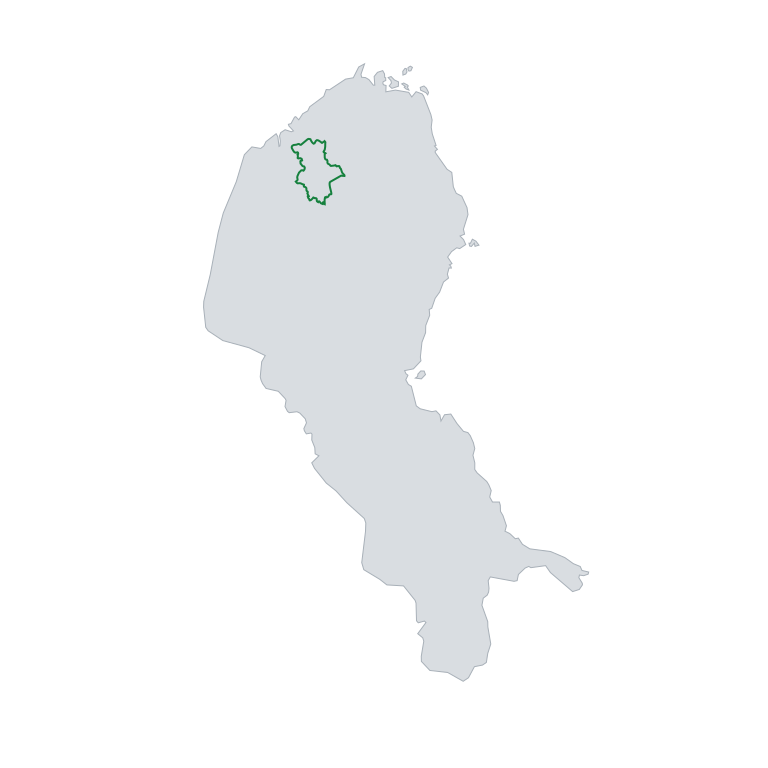 Päijät-Häme on a map of Finland (Albers equal-area conic projection), rotated 159°
{"feature_id": "FIN-3184", "entity_name": "Päijät-Häme", "entity_type": "Province", "adm_level": 1, "iso_a3": "FIN", "parent_name": "Finland", "parent_adm1": "", "projection": "albers", "projection_center": [25.782, 61.243], "detail": "fine", "context": "in_parent", "style": "outline", "palette": "green", "viewbox_px": 768, "rotation_deg": 159, "n_neighbors": 0, "source": "natural_earth", "source_scale": "10m", "svg_char_len": 6684}
<svg xmlns="http://www.w3.org/2000/svg" viewBox="0 0 768 768"><g transform="rotate(159 384 384)"><path d="M332.4,332.0L330.0,320.8L326.8,311.3L323.1,308.6L322.0,304.9L321.6,297.2L322.4,291.2L326.5,285.6L327.5,277.8L329.9,271.7L328.9,267.6L323.0,256.1L322.3,252.4L322.1,246.1L325.8,240.6L325.0,234.9L318.6,232.5L318.9,229.1L320.9,223.4L320.1,218.5L320.5,207.8L323.8,203.2L320.2,199.3L316.9,192.5L313.8,192.0L312.2,184.7L307.0,177.9L288.4,167.8L277.3,157.0L271.6,148.4L266.2,143.3L266.0,139.0L260.3,135.1L261.6,133.3L266.3,133.5L270.0,135.6L271.5,133.4L270.3,127.0L270.7,125.4L275.3,122.2L282.3,122.6L296.2,148.3L298.2,156.5L312.7,159.9L314.2,161.8L318.2,161.6L326.8,158.0L330.2,152.7L333.3,153.2L353.9,165.8L357.2,163.1L359.2,155.6L360.9,152.3L363.3,149.9L368.1,148.5L371.9,142.3L372.3,125.0L374.1,120.0L377.5,103.0L383.7,95.3L388.2,87.4L392.7,86.3L400.9,87.7L410.4,79.5L416.6,78.1L428.0,91.9L443.8,100.1L448.5,111.6L446.8,116.4L439.0,129.7L438.8,133.2L442.0,138.8L430.3,146.3L431.2,148.2L437.6,148.8L438.5,151.3L432.6,168.0L432.5,170.9L438.1,188.5L453.3,195.4L457.9,203.1L469.4,217.9L468.8,225.2L454.1,253.0L450.8,260.7L450.6,265.5L461.2,286.4L467.1,301.4L473.4,312.2L479.1,330.1L479.7,336.3L470.5,340.3L473.3,343.5L471.4,349.4L471.5,357.6L469.2,363.0L469.8,364.4L474.4,365.3L475.1,368.9L474.8,371.1L470.3,375.5L470.0,379.8L473.0,387.0L475.2,389.3L482.8,391.2L483.9,393.1L484.5,398.4L481.3,403.8L481.5,405.8L485.3,415.1L495.7,422.1L497.2,427.8L497.4,431.6L497.0,435.0L490.2,448.6L484.7,453.1L497.0,466.2L518.9,482.3L529.1,496.7L530.1,500.8L524.9,520.4L522.6,525.8L507.0,548.4L484.5,584.9L472.8,601.2L449.4,625.8L432.2,648.1L422.4,652.7L414.7,648.1L410.9,649.3L407.3,652.6L395.0,656.3L394.5,652.8L396.9,643.4L395.8,643.6L393.7,648.0L392.6,653.1L390.3,655.7L385.2,656.8L380.1,652.7L377.8,652.7L380.3,658.9L380.2,660.7L377.5,660.4L371.9,665.2L370.6,665.2L368.9,661.2L362.9,665.5L357.3,666.3L353.9,669.5L337.2,674.1L332.4,679.6L329.4,678.2L310.6,682.4L302.9,680.9L294.0,689.0L287.4,689.9L294.5,681.4L295.0,678.4L291.5,676.7L289.0,673.6L286.9,666.8L285.5,666.3L283.0,674.6L278.4,677.3L272.9,677.0L272.4,673.3L273.5,669.9L272.7,669.3L273.6,666.7L276.5,666.5L277.3,665.2L277.3,663.6L275.1,661.9L277.6,656.1L268.0,654.3L256.4,647.4L255.2,642.0L249.3,645.4L244.4,641.1L243.8,638.7L243.7,618.7L244.5,613.2L247.9,606.8L249.3,600.2L249.9,588.0L251.6,588.1L250.0,583.9L252.7,583.1L253.2,581.7L248.2,561.9L244.9,557.2L248.6,543.3L248.5,540.1L248.2,536.1L244.1,531.5L243.3,518.9L244.9,512.0L254.4,500.0L255.1,495.0L260.0,494.9L258.0,490.3L257.7,484.9L264.8,483.3L267.3,485.1L273.5,483.4L279.1,479.7L277.4,472.0L280.2,471.8L279.4,470.0L279.6,468.1L281.7,469.0L285.5,463.8L285.8,459.8L291.9,457.9L299.1,449.9L305.5,445.7L312.3,437.6L315.1,437.4L316.7,431.8L324.1,423.6L326.8,417.0L333.6,409.4L340.4,396.1L341.2,392.4L351.1,387.6L360.0,389.1L359.8,385.7L358.5,383.6L362.2,380.1L361.4,374.8L359.3,372.1L361.7,352.0L359.1,347.9L349.2,341.0L345.1,340.3L342.9,335.1L344.1,329.0L338.5,333.6L332.4,332.0ZM263.9,656.8L270.7,657.2L272.3,660.4L269.2,662.3L268.8,664.8L270.3,668.6L267.2,668.5L265.3,664.1L262.2,660.9L263.9,656.8ZM348.8,381.1L345.0,383.0L341.9,381.7L341.9,377.9L347.3,375.4L352.6,378.3L349.9,379.0L348.8,381.1ZM249.7,479.9L249.2,483.2L253.1,481.1L254.6,482.1L254.2,485.0L252.9,484.4L249.6,487.5L247.0,484.4L245.6,479.6L249.7,479.9ZM244.5,645.2L243.9,647.9L239.9,647.9L238.4,645.0L237.9,640.2L239.6,638.3L240.4,640.9L244.5,645.2ZM259.9,657.8L257.7,657.9L254.9,654.7L254.5,653.5L255.8,652.9L255.4,649.5L257.7,651.5L258.8,653.8L257.5,654.2L259.9,657.8ZM254.4,669.2L251.3,671.1L250.2,670.6L250.7,667.1L252.6,665.6L255.6,665.6L254.4,669.2ZM248.2,670.8L245.5,671.3L244.0,669.4L246.6,666.8L248.6,667.2L248.9,668.9L248.2,670.8Z" fill="#d9dde1" stroke="#a8b0b8" stroke-width="1"/><path d="M388.0,584.5L388.0,585.2L388.0,586.1L388.0,586.4L387.9,586.6L386.9,586.4L386.9,586.6L387.0,587.0L387.1,587.7L387.2,588.5L387.2,589.0L387.2,589.5L386.8,589.7L386.5,590.2L386.3,590.9L386.4,591.1L386.8,591.7L386.9,591.9L387.0,592.3L386.9,592.9L386.4,594.3L386.3,594.7L386.5,595.5L387.0,596.2L387.9,596.8L388.0,597.2L387.9,597.4L387.7,597.9L387.3,598.8L387.6,599.1L388.1,599.3L389.6,600.9L390.5,601.6L392.7,602.3L393.3,603.0L393.8,604.6L392.4,605.0L391.7,605.4L391.4,605.8L391.0,607.9L390.4,609.0L387.6,611.8L384.7,613.1L383.8,612.9L382.7,612.0L381.4,612.8L380.7,613.8L380.4,614.6L380.6,615.7L380.9,615.8L381.4,616.2L381.8,616.6L382.1,617.1L382.3,617.6L382.4,618.3L382.6,618.9L382.8,619.2L382.9,619.6L382.4,621.5L382.2,622.0L381.8,622.2L380.6,622.0L380.3,622.1L380.2,623.8L381.2,624.8L383.2,625.3L383.6,625.9L383.4,626.4L382.9,627.2L382.6,628.0L382.6,628.5L382.5,629.1L382.3,629.1L381.8,629.4L381.5,630.0L381.4,630.8L381.7,631.3L383.5,631.6L384.3,632.2L384.8,633.1L385.1,634.4L385.3,635.8L385.4,636.2L385.4,636.7L385.5,637.0L385.3,638.2L384.8,638.9L384.1,639.3L382.7,639.5L380.0,638.8L378.3,638.8L377.5,638.6L377.1,638.2L376.8,637.8L376.4,637.3L375.7,637.1L367.5,639.9L366.4,639.8L365.0,638.9L364.9,637.3L364.6,635.7L364.1,634.4L363.6,633.6L362.6,633.6L360.6,635.3L359.3,635.7L358.6,635.4L357.8,634.7L356.3,632.7L356.0,632.1L355.8,631.6L355.7,631.5L355.4,631.3L352.9,631.9L352.7,631.8L352.5,631.7L352.4,631.8L352.2,631.3L352.1,630.8L352.3,630.2L352.6,629.7L353.9,626.5L354.6,625.3L355.3,624.1L356.2,623.3L356.7,622.9L357.2,622.5L357.2,622.1L357.1,621.7L356.9,621.5L356.4,620.9L356.0,620.6L355.9,620.4L356.3,620.3L356.5,620.2L357.2,619.4L358.2,616.5L358.2,614.9L357.6,614.2L356.9,613.8L356.9,613.3L356.9,613.1L356.8,612.7L357.0,612.1L357.1,611.8L357.4,611.3L357.5,610.6L357.5,610.2L357.2,609.5L356.4,608.7L356.0,607.9L355.9,607.3L355.4,606.6L352.2,605.8L350.9,605.7L350.6,605.2L350.5,604.5L350.1,604.1L349.7,604.2L349.1,604.0L348.5,603.7L348.1,603.7L347.7,603.4L347.6,602.3L347.7,601.6L347.2,600.5L347.2,599.2L347.3,597.8L347.3,596.4L347.1,595.6L346.7,594.7L346.3,593.6L346.1,593.0L346.4,592.4L348.9,593.6L349.2,593.9L361.7,592.0L362.4,591.6L362.9,590.8L363.4,589.4L363.9,587.2L364.6,581.8L365.0,580.3L365.4,580.1L366.9,580.5L367.3,580.3L368.4,579.3L369.2,578.8L370.0,578.7L371.4,578.8L371.9,578.9L371.6,579.4L372.1,579.4L372.5,578.9L373.6,576.9L374.4,574.6L374.6,573.8L374.9,573.1L375.1,573.3L375.3,573.8L375.3,574.4L375.1,574.9L375.2,575.4L375.5,575.5L376.0,575.4L376.3,574.8L376.4,574.3L376.7,574.0L377.8,575.0L378.2,575.5L378.4,576.1L378.8,577.4L379.1,577.8L379.7,577.9L380.3,577.4L380.7,577.9L380.8,578.2L381.0,578.4L381.1,578.7L381.1,579.0L380.9,579.8L380.7,580.4L380.6,580.8L380.5,581.1L380.7,581.6L381.0,581.9L382.2,582.4L383.0,583.4L383.3,583.4L383.5,583.1L386.0,582.0L387.1,581.9L387.5,582.0L387.7,582.7L387.6,583.0L387.6,583.5L387.7,584.0L388.0,584.5Z" fill="none" stroke="#15803d" stroke-width="2"/></g></svg>